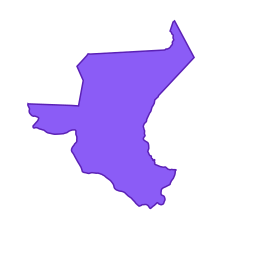 Duyure, Choluteca, Honduras, rotated 248°
{"feature_id": "27666195B17818037881186", "entity_name": "Duyure", "entity_type": "district", "adm_level": 2, "iso_a3": "HND", "parent_name": "Honduras", "parent_adm1": "Choluteca", "projection": "albers", "projection_center": [-86.827, 13.631], "detail": "fine", "context": "isolated", "style": "filled", "palette": "violet", "viewbox_px": 256, "rotation_deg": 248, "n_neighbors": 0, "source": "geoboundaries", "source_scale": "gbopen_adm2", "svg_char_len": 5622}
<svg xmlns="http://www.w3.org/2000/svg" viewBox="0 0 256 256"><g transform="rotate(248 128 128)"><path d="M209.9,211.3L209.4,209.5L202.1,203.3L200.4,204.1L200.2,204.1L199.4,204.0L199.1,203.9L198.9,203.9L198.3,204.2L197.8,204.5L197.5,204.6L196.9,204.6L196.3,204.4L196.0,204.2L195.7,204.0L195.5,203.8L195.0,203.7L194.6,203.5L194.2,203.5L193.6,203.5L193.1,203.5L192.7,203.5L192.2,203.1L191.8,202.3L191.4,201.7L191.0,201.3L190.9,201.2L190.7,201.1L190.1,201.0L189.8,200.9L189.5,200.8L189.1,200.5L188.6,199.9L187.8,198.3L187.3,197.7L187.0,197.2L186.9,197.0L186.7,196.4L186.6,195.7L186.5,193.9L186.6,193.6L186.8,193.4L187.0,193.0L187.0,192.7L186.9,192.4L186.7,191.9L186.6,191.6L186.6,191.2L186.7,190.8L210.6,120.9L211.7,118.7L210.5,116.9L204.3,103.8L188.8,104.3L167.0,90.4L170.1,84.0L187.7,44.6L188.0,44.4L187.6,44.1L186.9,43.8L186.5,43.7L184.4,43.8L183.4,43.9L182.8,43.9L182.3,43.7L181.9,43.4L181.0,42.8L180.4,42.6L179.7,42.4L179.2,42.4L178.7,42.4L178.2,42.5L177.1,42.9L176.1,43.2L175.6,43.5L175.3,43.7L174.7,44.3L174.3,44.8L174.2,45.1L174.2,45.4L174.1,45.7L173.8,46.2L173.5,46.6L173.0,47.2L171.7,48.5L171.1,48.8L170.9,48.9L170.6,48.9L170.1,48.5L169.0,47.5L168.7,47.2L168.4,46.7L168.1,46.1L166.9,43.6L166.4,42.7L165.7,41.2L165.5,40.8L165.4,40.7L165.2,40.6L164.2,40.3L163.7,40.4L163.5,40.5L163.3,40.7L163.1,41.1L163.0,41.8L163.0,42.4L162.9,42.7L162.5,43.4L162.1,44.1L161.8,44.3L161.2,44.8L160.4,45.5L159.2,47.1L158.4,48.0L158.1,48.4L157.9,48.8L157.6,49.1L157.3,49.4L156.9,49.6L154.6,50.9L154.2,51.3L153.7,51.7L153.3,52.2L152.0,54.2L151.1,55.4L150.3,56.6L149.6,57.9L148.3,61.6L148.1,62.2L147.1,65.4L146.9,65.9L146.9,66.4L146.9,66.8L146.6,69.5L146.8,70.6L146.9,71.0L147.1,71.7L147.2,72.3L147.2,72.9L147.2,73.6L147.1,75.2L147.0,75.7L146.4,77.5L146.3,77.8L146.1,78.1L145.9,78.2L145.7,78.4L145.4,78.5L145.0,78.6L144.8,78.6L142.4,77.6L141.6,77.3L140.7,77.3L139.7,77.3L139.3,77.3L138.9,77.2L137.7,76.8L136.3,76.1L135.2,75.7L134.8,75.5L134.5,75.2L134.2,74.8L133.8,74.0L133.4,73.1L133.3,72.7L132.4,71.6L131.5,70.0L130.9,69.1L130.4,68.6L129.6,67.8L129.0,67.5L128.7,67.3L128.4,67.2L127.7,67.1L127.2,67.1L126.9,67.1L126.5,67.2L125.4,67.5L123.8,67.8L123.0,67.9L121.5,68.0L119.2,68.3L115.2,68.8L113.5,69.1L111.6,69.4L110.1,69.6L109.4,69.7L108.0,69.7L106.7,69.6L105.1,69.4L104.8,69.4L104.6,69.4L104.3,69.6L103.9,69.9L103.3,70.5L102.8,71.3L102.4,72.0L101.2,73.6L100.6,74.5L100.5,74.8L100.4,75.2L100.4,76.1L100.3,76.8L100.3,77.2L100.1,77.7L100.0,78.0L99.6,78.8L98.0,81.6L97.4,83.3L97.2,83.6L96.8,84.0L96.2,84.9L95.6,85.4L95.1,86.1L94.6,86.6L93.8,87.1L92.7,88.1L92.0,88.5L91.1,88.9L90.0,89.5L86.5,91.7L85.5,92.2L83.1,92.9L82.2,93.1L80.8,93.3L79.7,93.2L78.7,93.0L77.8,92.9L77.1,93.0L76.0,93.4L74.9,94.1L73.0,96.2L72.4,97.1L71.8,98.2L71.2,99.0L70.5,99.8L69.8,100.4L68.9,101.0L68.1,101.3L65.0,102.7L61.6,104.9L60.0,105.4L58.3,106.1L56.7,106.7L55.4,107.0L53.2,108.0L51.8,108.8L51.4,109.0L51.3,109.9L51.3,110.5L51.3,111.4L51.5,111.8L51.5,112.1L51.5,112.4L51.5,112.7L51.3,113.2L51.0,113.9L50.8,114.9L50.5,115.7L50.1,116.4L49.9,116.6L49.3,117.0L48.7,117.5L45.9,118.1L45.4,118.3L45.2,118.5L45.0,118.8L45.1,119.2L45.4,120.0L46.3,122.7L46.3,123.0L46.4,123.6L46.7,124.0L46.9,124.8L47.2,125.5L47.4,126.0L47.7,126.6L47.8,127.0L47.7,127.3L47.4,127.6L47.1,127.7L46.5,127.9L46.1,128.1L45.1,129.1L44.8,129.5L44.5,129.8L44.4,130.1L44.3,130.6L44.3,131.0L44.3,131.5L44.3,131.8L44.4,132.1L44.5,132.4L44.7,132.7L45.0,133.0L45.3,133.3L46.1,133.9L46.4,134.2L46.9,134.8L47.2,135.1L47.8,135.5L48.1,135.6L48.4,135.7L49.0,135.8L50.1,135.9L50.7,135.9L51.0,135.8L51.4,135.7L51.7,135.5L53.4,134.0L53.6,133.9L53.8,133.9L54.6,134.0L55.4,134.2L57.9,135.6L58.2,135.8L58.6,136.3L58.9,136.7L59.1,137.2L59.2,137.8L59.4,138.7L59.4,140.1L59.5,141.6L59.7,143.5L59.8,145.0L59.9,145.5L60.1,145.9L60.2,146.1L60.4,146.2L60.9,146.5L61.1,146.7L62.7,148.4L64.4,151.2L66.1,152.9L66.9,153.7L67.6,154.2L68.7,154.9L69.9,155.5L70.3,155.7L70.8,156.1L70.9,156.3L70.9,156.6L71.0,156.7L71.2,156.8L71.3,156.7L71.6,156.3L71.9,155.7L72.1,155.0L72.2,154.8L72.7,153.8L73.2,153.1L73.3,152.8L73.5,151.4L73.8,151.0L74.9,149.6L77.2,148.5L77.5,148.3L77.8,148.1L77.9,147.9L78.0,147.6L78.1,147.3L78.2,146.7L78.4,146.1L78.9,145.3L80.2,143.4L82.9,140.7L83.7,139.8L84.1,139.5L84.5,139.4L84.9,139.3L85.0,139.4L85.2,139.6L85.4,139.7L86.0,139.9L86.4,139.9L86.8,139.9L87.0,139.9L87.7,140.3L88.2,140.7L88.5,140.8L88.7,140.7L88.7,140.4L88.7,139.7L88.6,139.2L89.0,139.0L89.3,139.2L90.3,139.1L90.8,138.7L91.2,138.6L91.6,138.5L92.9,139.0L93.2,139.0L93.3,139.0L93.5,138.9L93.8,138.5L94.2,138.0L94.4,137.9L94.6,137.9L95.4,137.7L97.5,137.7L98.2,137.6L98.6,137.5L98.8,137.5L99.0,137.7L99.9,138.4L100.2,138.6L100.6,139.1L100.9,139.4L101.2,139.6L101.7,139.8L104.3,140.7L105.4,140.9L106.3,141.0L106.7,140.9L107.1,140.8L107.6,140.5L108.9,139.5L109.6,139.0L111.0,138.2L111.5,138.1L112.0,138.1L112.3,138.2L112.6,138.4L112.9,138.6L113.2,139.1L113.7,139.7L114.2,140.6L114.3,140.8L114.5,140.9L114.7,141.0L115.9,141.0L116.1,141.0L116.9,141.2L118.4,142.0L119.2,142.3L119.6,142.4L120.0,142.3L120.3,142.3L121.2,142.4L122.2,142.6L122.8,142.6L123.1,142.6L123.4,142.7L123.8,142.8L124.1,143.0L124.4,143.2L124.8,143.6L125.3,144.1L125.8,144.6L126.0,144.9L126.2,145.3L126.5,146.1L126.8,146.7L127.0,147.3L127.2,147.5L127.9,148.0L128.9,148.5L129.3,148.9L129.7,149.3L131.2,150.9L133.8,153.7L134.0,153.9L134.2,154.4L134.4,154.7L134.8,155.2L135.1,155.6L135.5,155.9L137.9,157.7L138.3,158.1L138.6,158.4L138.8,158.8L139.2,159.3L139.8,160.1L140.4,160.8L140.9,161.4L141.4,161.8L143.4,163.0L143.8,163.3L144.1,163.5L144.7,165.2L145.0,165.9L145.6,167.6L146.1,168.1L146.6,168.4L168.6,215.7L209.9,211.3Z" fill="#8b5cf6" stroke="#5b21b6" stroke-width="1.5"/></g></svg>